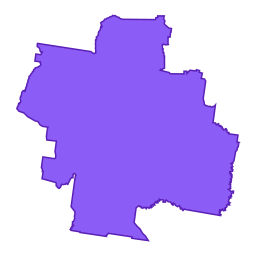 Macedon Ranges, Victoria, Australia
{"feature_id": "25037944B22463121274190", "entity_name": "Macedon Ranges", "entity_type": "district", "adm_level": 2, "iso_a3": "AUS", "parent_name": "Australia", "parent_adm1": "Victoria", "projection": "equal_earth", "projection_center": [144.673, -37.333], "detail": "fine", "context": "isolated", "style": "filled", "palette": "violet", "viewbox_px": 256, "rotation_deg": 0, "n_neighbors": 0, "source": "geoboundaries", "source_scale": "gbopen_adm2", "svg_char_len": 5813}
<svg xmlns="http://www.w3.org/2000/svg" viewBox="0 0 256 256"><path d="M42.0,178.7L55.7,182.5L56.3,183.6L56.1,185.2L56.3,185.9L57.2,186.4L57.5,187.5L59.1,188.4L60.4,187.4L61.6,184.3L62.9,184.6L65.6,184.2L65.9,183.5L66.5,183.3L67.0,183.6L67.4,184.3L67.8,184.4L70.5,178.8L72.0,177.4L72.9,177.8L73.2,174.1L74.1,173.5L75.1,173.9L75.5,175.0L75.9,175.3L75.4,176.1L75.1,178.9L74.9,178.9L71.1,206.7L75.0,211.8L74.8,214.8L74.4,216.2L74.7,218.3L73.9,220.7L73.1,221.7L72.5,221.8L72.5,223.9L73.0,224.8L73.0,225.3L73.5,225.7L73.1,225.9L72.6,225.7L72.8,226.1L72.4,226.3L72.9,226.6L72.1,226.5L72.0,226.9L71.6,227.1L71.8,227.6L71.3,227.5L70.7,228.4L70.6,228.9L70.8,229.3L70.5,229.5L71.3,229.8L71.1,230.4L80.1,231.9L80.0,232.5L106.4,236.4L106.2,235.5L107.5,234.7L108.2,233.3L132.0,236.9L131.8,238.3L148.3,240.6L145.5,236.1L142.7,233.5L139.8,228.7L137.3,226.5L134.1,222.6L136.1,207.9L138.7,205.8L139.8,206.6L140.1,206.3L140.9,206.5L141.1,207.6L141.5,207.9L142.1,207.7L142.4,208.1L142.8,208.2L144.0,207.4L144.3,207.7L145.3,207.5L146.2,208.7L147.0,207.3L147.6,207.6L148.2,207.6L149.1,208.3L149.6,207.6L151.2,207.8L152.0,207.1L151.7,207.0L151.4,206.3L150.6,206.4L150.8,205.4L152.7,204.5L153.2,206.0L153.7,205.6L153.6,204.8L154.8,204.9L154.3,203.5L155.6,201.7L155.9,201.9L155.9,202.6L156.1,202.9L157.9,202.9L157.9,202.5L157.3,201.7L157.3,201.0L158.6,200.9L159.1,199.4L159.3,199.8L159.4,201.1L159.8,200.8L160.4,199.7L163.2,199.9L163.7,200.6L163.0,201.6L163.0,202.1L163.3,202.2L164.1,201.8L164.8,202.1L165.5,202.1L165.5,201.2L165.8,200.3L166.1,200.0L166.5,200.2L168.2,201.7L170.5,202.0L171.7,204.1L173.0,205.2L173.4,204.9L172.9,203.2L173.4,203.0L175.2,204.4L175.5,205.4L177.6,206.7L179.6,205.7L180.4,208.9L180.8,209.0L180.6,207.9L181.5,207.9L182.8,209.4L182.6,210.3L183.0,210.5L184.3,209.0L185.3,209.5L220.7,215.6L221.0,214.5L219.3,213.7L220.1,212.7L219.3,212.0L219.2,211.4L219.7,210.9L220.4,211.3L220.8,210.9L219.8,210.4L219.7,209.8L220.2,209.7L220.8,210.3L221.5,210.3L221.7,210.2L221.7,209.7L222.5,209.2L223.3,210.7L225.4,210.4L225.6,210.2L225.3,209.5L224.5,209.3L224.4,208.6L224.8,208.4L225.3,208.9L225.3,207.6L226.1,207.6L226.9,206.7L227.0,206.3L226.6,205.5L226.7,205.1L227.1,204.8L229.6,205.0L229.4,204.3L229.4,203.9L228.6,204.0L228.3,203.5L230.0,202.7L228.3,201.6L229.3,198.7L229.0,197.5L230.4,198.1L230.9,197.9L230.3,196.9L230.9,196.5L230.3,196.1L230.4,195.8L231.5,196.2L231.4,193.6L232.6,192.6L233.3,193.0L233.5,191.2L232.8,191.3L232.2,191.0L231.5,191.5L231.0,191.6L230.1,190.9L230.1,190.2L228.4,189.4L230.7,188.4L230.6,188.1L230.2,187.9L230.7,186.6L230.4,185.9L230.6,184.5L229.9,184.5L229.4,184.1L230.9,182.6L229.8,181.9L230.3,181.5L231.1,181.6L231.4,180.5L231.4,179.6L230.6,179.6L230.4,178.8L231.3,178.5L232.0,177.5L231.4,176.4L232.0,176.0L230.8,175.1L231.1,174.7L231.4,175.2L231.8,175.1L232.0,174.6L231.2,173.4L230.9,173.2L229.8,173.6L229.6,173.4L229.9,172.9L229.9,171.9L229.7,171.8L229.8,171.5L231.6,171.6L232.5,171.3L232.9,169.8L232.2,168.8L231.9,169.0L232.0,168.0L230.9,167.7L231.0,167.4L232.7,166.9L232.8,166.5L232.1,166.1L232.2,164.8L232.0,164.2L231.7,164.3L230.9,163.7L231.7,163.1L232.1,163.3L232.9,163.2L232.7,162.4L233.9,161.1L235.7,151.2L236.6,150.8L237.2,149.2L237.2,148.0L238.2,146.8L238.6,144.5L238.5,143.3L239.2,142.5L237.0,142.0L238.0,135.1L228.6,133.8L229.0,132.7L228.7,132.4L227.5,132.4L226.9,131.9L227.0,130.9L226.7,130.5L226.9,129.9L226.2,129.4L226.1,128.7L225.4,128.7L225.5,129.6L223.9,130.0L223.4,129.8L222.9,128.4L222.3,128.5L222.1,126.8L221.1,126.4L220.7,125.6L220.3,125.7L220.2,126.5L219.2,126.0L218.6,123.7L217.0,124.3L217.3,124.6L217.1,124.8L216.4,124.9L215.8,124.3L215.8,123.4L215.6,123.1L213.5,122.6L213.0,122.8L215.4,105.0L214.4,106.2L212.7,106.6L211.7,107.3L210.1,106.3L208.7,106.5L205.3,105.2L204.3,104.4L204.2,102.7L203.2,98.6L205.7,81.1L204.5,79.0L201.2,78.4L202.4,73.2L199.2,72.3L199.6,70.6L196.4,69.7L196.1,71.0L189.9,70.2L187.0,73.5L186.9,71.2L184.0,71.2L184.0,73.9L183.8,73.9L170.1,73.8L169.4,72.6L160.1,70.2L160.8,69.3L161.2,70.1L162.2,69.9L162.9,68.8L164.5,68.2L164.5,56.0L164.0,56.0L163.8,52.6L163.0,52.6L163.1,48.9L162.4,48.9L162.4,44.4L164.8,44.5L165.7,44.9L168.4,44.5L168.0,43.6L168.1,36.9L170.0,37.2L170.7,31.9L171.0,32.0L171.5,28.5L168.9,28.1L164.6,24.4L164.3,23.2L164.9,21.1L164.7,20.4L163.9,19.5L163.7,18.1L164.3,15.9L161.9,15.9L161.7,16.2L161.2,15.9L157.7,15.9L157.7,17.5L156.4,17.5L155.7,17.9L155.7,18.7L155.5,19.6L123.0,19.3L120.3,18.7L118.8,17.3L117.2,17.0L115.0,15.5L114.0,15.9L112.7,15.4L111.5,16.6L110.1,16.7L108.3,18.1L107.3,18.0L106.0,19.1L104.7,19.2L103.7,21.0L101.1,22.3L100.8,22.9L101.0,23.9L101.5,25.4L102.1,26.1L102.1,26.7L101.7,26.8L101.2,26.2L100.8,26.4L101.1,27.6L100.6,27.7L100.1,30.0L98.8,31.6L98.7,32.2L98.3,32.9L98.5,33.7L98.0,35.4L97.2,36.6L96.4,36.9L96.4,39.7L95.6,39.8L95.5,40.2L95.7,42.1L95.4,44.3L95.7,46.0L95.4,48.6L95.7,49.4L95.7,53.0L93.8,53.5L92.3,52.8L91.0,51.6L37.5,43.4L37.1,46.0L37.3,46.6L39.0,47.7L39.3,48.2L40.1,50.2L40.1,51.1L41.1,52.3L41.9,51.7L42.3,52.0L41.1,54.1L40.5,54.7L35.9,54.0L34.9,61.1L40.4,61.9L40.1,62.8L40.9,64.1L40.7,65.0L39.3,66.4L38.7,66.4L37.9,67.2L35.3,67.8L34.8,69.0L33.9,69.4L33.5,70.1L33.6,71.0L32.3,72.0L32.1,72.8L30.6,74.5L30.4,75.4L29.0,76.5L28.9,78.3L27.9,80.4L28.0,81.4L26.8,84.4L26.7,86.3L26.1,86.9L25.9,87.6L25.6,88.4L25.8,89.2L25.0,89.8L25.2,91.3L24.9,91.5L23.8,90.6L23.2,90.6L21.7,92.6L21.5,94.8L20.9,96.0L20.9,96.5L20.6,96.6L20.2,98.3L20.2,99.3L20.8,101.1L20.6,102.1L20.3,102.5L19.7,102.6L19.6,103.0L19.5,104.0L19.8,104.3L18.6,103.6L18.2,105.9L17.5,106.4L17.3,107.5L16.8,108.6L18.9,111.2L24.0,113.0L27.7,116.7L35.1,120.9L38.2,121.7L39.8,124.6L42.3,126.3L47.9,127.2L47.6,127.5L46.4,136.2L46.8,140.0L56.4,141.1L55.0,151.6L55.8,155.2L55.5,157.9L55.2,158.3L54.5,158.7L42.9,156.9L41.4,167.7L41.9,168.2L42.0,168.8L42.5,169.6L42.3,171.5L43.2,171.5L42.0,178.7Z" fill="#8b5cf6" stroke="#5b21b6" stroke-width="1.5"/></svg>